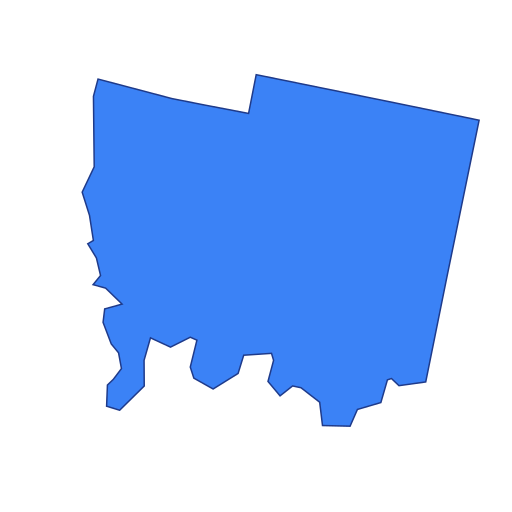 outline of Autauga, Alabama, United States of America, rotated 12°
{"feature_id": "52423323B1786789370049", "entity_name": "Autauga", "entity_type": "district", "adm_level": 2, "iso_a3": "USA", "parent_name": "United States of America", "parent_adm1": "Alabama", "projection": "orthographic", "projection_center": [-86.703, 32.508], "detail": "fine", "context": "isolated", "style": "filled", "palette": "blue", "viewbox_px": 512, "rotation_deg": 12, "n_neighbors": 0, "source": "geoboundaries", "source_scale": "gbopen_adm2", "svg_char_len": 832}
<svg xmlns="http://www.w3.org/2000/svg" viewBox="0 0 512 512"><g transform="rotate(12 256 256)"><path d="M142.1,406.3L137.5,413.1L141.1,434.0L154.7,435.2L173.7,406.4L168.2,381.3L169.8,358.0L191.3,362.9L208.6,349.1L215.7,350.6L214.8,378.3L220.6,388.4L241.7,395.0L262.9,374.6L264.6,355.6L291.4,348.0L294.9,354.4L293.8,376.2L308.6,387.8L318.8,375.5L327.4,375.5L348.7,385.8L356.3,408.0L383.4,402.9L387.1,385.0L408.6,373.4L410.3,349.8L414.0,347.7L422.8,353.1L448.2,343.9L447.1,237.2L446.8,191.8L446.0,76.8L361.9,77.3L218.5,78.6L219.1,118.1L175.2,119.0L141.1,119.5L64.7,115.8L63.8,133.6L79.2,202.4L72.7,229.7L84.7,250.9L93.7,274.6L88.9,279.0L100.3,291.1L108.0,307.4L102.6,317.9L115.6,318.7L135.0,330.9L119.0,339.2L120.2,352.7L132.7,372.1L141.7,379.3L147.8,394.1L142.1,406.3Z" fill="#3b82f6" stroke="#1e3a8a" stroke-width="1.5"/></g></svg>